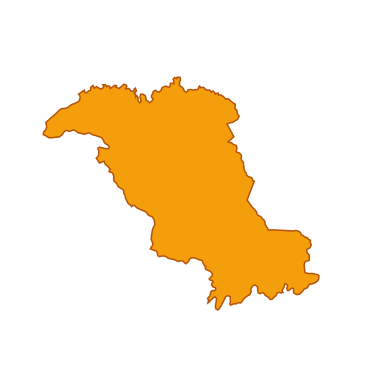 the district of Itarantim, Bahia, Brazil, rotated 144°
{"feature_id": "56859067B61683071099200", "entity_name": "Itarantim", "entity_type": "district", "adm_level": 2, "iso_a3": "BRA", "parent_name": "Brazil", "parent_adm1": "Bahia", "projection": "mercator", "projection_center": [-40.038, -15.683], "detail": "fine", "context": "isolated", "style": "filled", "palette": "amber", "viewbox_px": 384, "rotation_deg": 144, "n_neighbors": 0, "source": "geoboundaries", "source_scale": "gbopen_adm2", "svg_char_len": 6035}
<svg xmlns="http://www.w3.org/2000/svg" viewBox="0 0 384 384"><g transform="rotate(144 192 192)"><path d="M278.6,325.8L276.7,322.3L276.1,320.3L274.3,319.0L273.2,317.9L272.0,317.5L270.3,316.6L268.8,315.6L267.1,314.6L264.0,314.6L259.0,316.1L257.1,315.4L256.1,313.7L254.9,312.8L252.7,312.3L250.7,311.4L250.3,309.9L249.0,306.5L247.1,304.6L246.1,302.8L244.8,302.0L243.1,301.2L241.5,300.9L240.1,300.0L239.5,298.2L238.7,296.6L236.5,294.0L235.5,292.4L233.3,289.5L233.1,287.7L233.4,285.6L233.8,283.9L233.7,282.3L232.5,279.3L232.3,277.3L233.6,276.2L235.4,277.0L236.7,278.2L240.4,282.6L242.4,282.8L243.3,280.3L244.0,279.0L245.0,278.0L245.8,276.7L247.7,276.0L249.6,275.6L249.6,273.6L249.9,270.0L248.7,269.4L246.7,269.2L245.0,268.4L245.7,266.7L245.8,264.4L245.1,262.8L245.0,260.6L244.6,258.8L245.9,258.3L247.0,257.4L246.6,256.1L245.5,255.1L245.2,253.1L245.8,251.6L246.1,250.3L247.2,249.4L248.7,246.9L247.9,243.0L248.4,241.2L248.4,239.5L246.3,233.8L247.0,232.3L248.0,230.8L248.2,229.0L248.7,227.2L249.5,226.0L250.3,220.8L249.9,218.4L249.3,217.0L249.5,215.7L247.9,215.9L246.5,215.1L246.2,213.0L245.6,211.0L243.5,207.1L241.2,203.7L240.9,202.1L241.0,199.3L240.4,197.8L239.4,196.4L238.7,194.7L239.0,191.9L239.7,190.1L240.4,188.9L241.6,187.3L245.1,185.5L246.3,184.6L250.5,180.4L251.6,179.0L252.9,177.7L253.8,173.7L254.5,172.6L255.5,171.9L257.6,171.2L259.1,170.6L258.4,169.2L256.5,166.5L255.6,165.4L255.7,163.4L256.7,161.6L257.0,160.2L256.2,158.8L254.5,158.2L252.7,157.0L251.3,155.6L250.6,154.2L250.2,152.4L249.1,150.9L247.7,149.7L246.1,147.7L244.1,144.1L242.5,143.3L240.5,142.4L239.8,141.1L239.7,139.2L239.2,137.6L237.0,137.6L235.3,137.9L233.8,139.0L232.4,139.4L231.2,138.9L229.7,138.1L228.4,136.7L227.3,135.2L226.3,133.3L225.0,131.8L224.0,130.4L224.7,128.8L225.2,124.9L224.7,123.4L225.9,122.8L226.4,121.6L223.9,117.1L223.6,115.5L223.6,113.9L224.5,112.6L229.2,111.6L229.1,109.9L227.6,108.5L227.7,106.7L229.6,106.5L230.8,105.4L230.8,103.0L230.2,101.9L229.1,100.9L230.1,99.1L231.8,99.0L232.9,100.0L234.7,100.4L236.2,99.6L238.7,97.4L240.5,97.1L242.1,96.6L242.0,95.0L244.3,92.9L241.8,93.0L240.0,93.6L238.2,93.5L236.6,93.9L235.1,93.8L234.7,92.1L235.3,90.7L240.5,85.5L241.3,83.3L240.5,81.4L238.5,81.5L236.8,82.3L235.0,82.9L230.7,85.2L227.6,86.5L226.6,87.5L224.3,87.4L223.4,86.3L222.7,84.7L225.6,80.4L227.3,79.2L227.2,77.7L225.6,77.3L224.1,77.1L222.0,75.5L220.6,75.5L219.4,74.9L217.7,73.6L216.2,73.9L213.8,74.8L211.6,75.3L207.8,75.3L205.5,75.0L202.5,76.8L201.7,78.7L199.9,79.7L198.4,80.1L196.8,80.3L195.5,79.4L195.0,77.8L194.9,76.4L195.8,75.2L196.6,73.9L197.7,71.4L196.8,69.7L195.2,69.6L193.7,68.5L193.3,67.2L193.5,65.5L193.0,64.0L192.0,62.2L192.1,60.6L191.9,59.0L190.3,58.2L186.7,58.8L185.4,58.7L184.0,59.2L182.4,60.3L180.7,59.7L179.4,58.0L177.4,57.3L177.3,58.9L175.9,60.0L174.1,60.6L172.7,61.6L171.2,63.0L169.7,62.1L169.7,60.0L172.1,58.1L172.7,56.3L171.6,55.5L169.9,55.4L167.9,55.6L166.8,54.8L166.9,53.4L168.1,52.4L169.0,50.5L168.2,48.5L167.4,47.3L164.8,46.2L162.9,46.3L160.7,46.9L158.3,47.5L155.2,46.8L153.8,47.1L152.5,48.0L150.9,48.2L149.3,47.2L147.6,46.8L145.7,46.1L142.8,46.3L140.9,46.9L138.5,49.7L138.8,51.1L140.1,52.5L141.4,54.2L143.2,55.9L144.9,56.8L145.9,58.0L147.1,58.9L147.8,60.9L144.0,67.3L142.9,68.2L141.3,69.0L139.6,68.9L138.4,67.9L137.0,68.0L136.0,69.7L134.9,70.7L134.1,72.5L134.4,74.8L134.0,76.6L132.8,78.0L129.5,77.5L127.9,78.5L126.7,78.9L126.2,80.5L126.1,81.9L124.5,83.3L125.7,85.3L125.5,86.8L126.3,88.2L127.3,89.4L127.6,91.1L128.4,92.4L128.2,96.0L128.9,97.7L129.7,98.8L130.7,100.0L132.3,100.4L149.0,114.0L152.6,116.4L152.2,118.2L151.9,122.6L151.1,124.0L150.3,125.6L150.3,127.1L150.6,128.5L150.9,131.8L152.2,134.2L152.5,135.8L151.5,137.7L151.6,141.1L152.2,145.0L152.2,149.7L152.0,151.4L152.3,152.8L151.3,153.7L135.3,164.1L136.2,165.4L135.5,166.8L135.3,168.6L136.6,170.1L137.5,171.8L137.9,173.6L137.1,175.2L137.1,177.0L136.3,180.3L135.3,181.7L134.7,183.0L133.1,185.6L133.1,189.1L132.3,190.5L131.3,191.4L130.5,193.0L130.6,195.4L131.5,197.0L132.5,198.0L132.2,199.3L130.7,200.3L129.5,201.7L128.9,203.5L130.8,206.9L131.1,208.9L132.6,209.9L133.5,211.3L125.7,212.1L123.7,226.3L120.2,225.5L118.5,224.5L112.6,224.0L109.3,225.6L109.3,227.8L109.0,229.4L108.2,230.6L107.6,232.3L108.2,233.8L107.5,235.1L106.3,236.3L105.4,237.7L106.1,239.2L107.3,243.2L107.4,245.1L108.2,246.6L110.1,247.0L110.5,251.0L111.2,252.1L111.5,253.5L113.5,254.8L112.7,256.6L114.0,257.3L115.7,257.4L115.2,259.0L115.6,261.4L117.8,261.5L117.5,263.0L118.0,264.3L120.7,266.2L120.8,268.3L121.2,269.9L123.8,271.5L123.5,273.2L124.8,273.1L126.1,271.8L128.0,271.8L129.3,273.1L131.2,273.7L133.0,275.9L135.4,277.0L136.8,275.9L138.1,275.9L138.8,278.5L138.2,280.8L138.4,282.8L139.4,284.4L138.8,286.4L138.0,287.8L136.2,288.9L134.9,290.1L134.3,291.8L135.6,292.9L136.7,293.6L137.9,292.8L138.9,294.9L141.2,294.2L141.6,292.1L143.3,290.2L143.9,291.5L145.5,292.7L147.3,290.6L149.8,290.5L150.6,292.9L153.7,293.9L155.6,293.8L156.4,292.7L158.3,292.3L160.2,292.5L161.2,293.7L161.6,295.6L162.7,296.1L164.7,295.9L165.7,294.8L168.0,293.9L169.2,292.2L168.6,290.5L170.3,289.3L173.8,289.1L174.4,291.6L175.1,293.0L173.2,297.1L174.0,299.6L175.8,301.3L178.1,299.7L179.4,296.1L180.3,295.0L182.0,295.0L181.8,298.5L180.4,299.5L180.0,302.2L181.9,301.8L180.3,304.1L180.9,305.8L177.7,306.2L176.8,309.3L178.2,309.3L179.8,307.7L182.1,309.5L182.1,312.7L185.0,314.5L182.4,316.0L182.5,317.6L183.8,319.2L186.5,318.8L188.4,318.8L190.3,318.6L191.2,320.4L192.1,321.7L190.6,322.4L191.8,323.8L195.7,323.7L197.3,323.9L196.5,325.9L197.5,327.2L199.1,327.2L198.9,329.5L201.1,331.3L201.3,329.3L203.2,328.5L205.2,328.8L205.9,329.9L207.2,333.4L210.0,333.3L209.5,336.4L212.5,336.2L214.2,333.9L215.7,334.5L218.2,334.4L219.6,334.7L220.2,335.9L219.3,337.6L222.1,337.9L224.0,337.7L226.2,337.9L226.3,335.6L227.0,334.1L229.4,332.2L230.6,331.9L234.1,332.4L238.5,333.6L240.7,333.4L244.0,333.6L245.6,334.3L248.5,336.1L250.8,336.2L253.0,335.8L259.3,335.1L263.9,334.8L265.8,334.4L267.2,334.4L269.5,334.0L270.8,331.0L271.8,329.7L272.8,328.9L274.0,328.1L275.4,328.1L277.0,327.6L278.6,325.8Z" fill="#f59e0b" stroke="#b45309" stroke-width="1.5"/></g></svg>